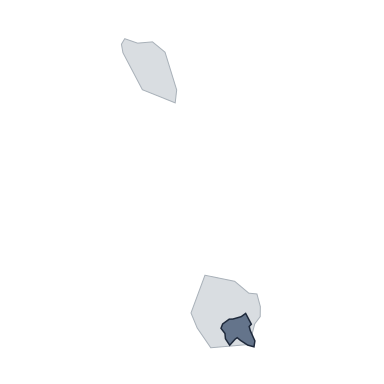 location of Saint Paul within Antigua and Barbuda, rotated 344°
{"feature_id": "ATG-5096", "entity_name": "Saint Paul", "entity_type": "Parish", "adm_level": 1, "iso_a3": "ATG", "parent_name": "Antigua and Barbuda", "parent_adm1": "", "projection": "equal_earth", "projection_center": [-61.766, 17.027], "detail": "fine", "context": "in_parent", "style": "filled", "palette": "slate", "viewbox_px": 384, "rotation_deg": 344, "n_neighbors": 0, "source": "natural_earth", "source_scale": "10m", "svg_char_len": 717}
<svg xmlns="http://www.w3.org/2000/svg" viewBox="0 0 384 384"><g transform="rotate(344 192 192)"><path d="M216.0,336.0L205.1,354.3L167.1,346.9L159.5,324.1L157.7,308.0L181.5,275.6L208.4,289.6L218.7,304.9L226.3,307.9L226.1,321.0L223.2,330.6L216.0,336.0ZM205.4,89.7L200.4,101.7L172.5,80.0L164.0,39.1L164.9,30.5L169.6,26.1L180.7,33.9L195.4,36.8L204.6,50.2L205.4,89.7Z" fill="#d9dde1" stroke="#a8b0b8" stroke-width="1"/><path d="M212.6,335.4L209.9,337.0L209.8,341.2L211.4,352.5L208.9,357.9L203.3,354.5L197.7,348.0L195.3,344.5L193.0,345.3L186.0,349.7L183.7,342.3L184.7,337.1L182.3,331.0L185.1,327.3L192.7,324.5L196.2,325.4L204.9,325.4L210.1,323.5L212.6,335.4Z" fill="#64748b" stroke="#1e293b" stroke-width="1.5"/></g></svg>